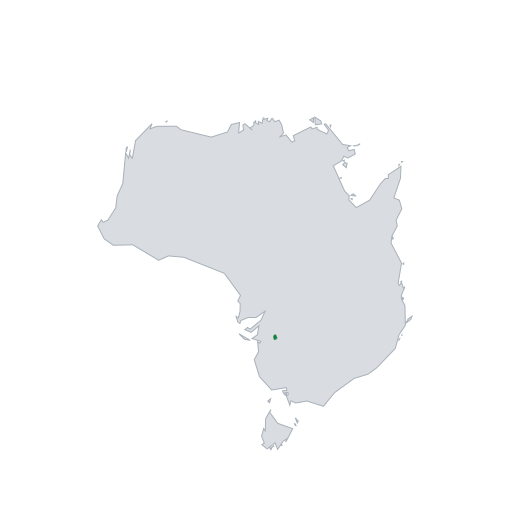 Berri Barmera, South Australia, Australia (highlighted), rotated 32°
{"feature_id": "25037944B16571921668942", "entity_name": "Berri Barmera", "entity_type": "district", "adm_level": 2, "iso_a3": "AUS", "parent_name": "Australia", "parent_adm1": "South Australia", "projection": "mercator", "projection_center": [140.504, -34.288], "detail": "fine", "context": "in_parent", "style": "filled", "palette": "green", "viewbox_px": 512, "rotation_deg": 32, "n_neighbors": 0, "source": "geoboundaries", "source_scale": "gbopen_adm2", "svg_char_len": 4845}
<svg xmlns="http://www.w3.org/2000/svg" viewBox="0 0 512 512"><g transform="rotate(32 256 256)"><path d="M337.3,113.5L342.1,133.7L348.0,132.7L354.7,138.8L355.8,151.3L359.8,155.6L360.8,167.4L363.7,173.5L383.2,184.9L391.0,203.9L393.2,204.9L393.6,201.5L397.9,205.0L398.5,203.2L400.3,213.0L402.9,215.9L408.5,219.0L419.4,235.7L419.0,247.0L423.1,260.7L417.6,286.9L413.7,296.7L404.0,307.9L395.0,330.4L392.8,347.8L376.0,352.0L367.6,359.6L362.3,360.3L363.8,364.7L355.6,358.3L356.8,356.8L356.2,355.2L354.7,355.1L352.0,357.9L350.0,356.2L353.3,353.6L351.4,351.6L340.3,361.3L322.9,356.5L309.4,344.8L309.0,335.9L302.7,327.8L305.4,328.1L305.3,325.8L296.3,328.1L299.0,322.2L295.5,313.7L292.2,323.4L285.6,324.4L286.7,321.1L289.8,321.1L294.2,307.8L293.0,298.0L288.5,308.3L281.9,312.3L277.4,318.6L278.1,321.8L275.4,321.4L271.1,317.8L273.8,317.8L271.9,311.6L267.8,304.7L264.4,303.8L263.8,297.7L238.4,287.5L195.5,295.3L181.7,302.3L175.7,311.2L145.6,311.8L129.3,322.5L118.2,321.9L105.8,314.5L105.7,307.2L108.7,308.4L111.4,304.0L111.5,289.4L106.4,278.6L104.6,265.1L90.8,237.6L96.2,240.6L93.0,232.3L95.3,237.2L99.3,238.6L92.7,221.8L97.7,198.9L98.7,204.3L103.4,198.4L119.8,188.1L125.5,188.7L155.0,178.9L166.1,166.0L165.4,157.5L171.3,151.5L176.1,160.9L178.7,155.7L175.5,152.0L176.5,149.7L186.1,151.2L183.0,150.4L185.0,146.7L183.3,143.5L188.5,143.0L186.6,140.6L190.9,140.3L189.4,136.8L193.1,133.0L193.4,135.3L196.3,135.0L196.6,130.6L200.8,132.1L203.6,128.6L208.1,131.0L214.2,137.2L213.2,142.1L217.3,137.4L226.0,140.5L227.8,137.8L223.9,134.1L234.1,117.5L236.2,118.6L239.6,114.5L240.8,116.2L251.3,115.0L251.0,111.0L244.0,108.1L245.1,107.0L270.4,115.5L277.7,112.4L275.9,115.7L279.0,117.5L282.8,113.6L286.1,116.9L282.1,124.2L277.7,124.9L278.0,130.2L273.8,138.6L296.8,154.0L303.1,155.5L305.0,159.2L315.4,161.8L322.8,148.4L323.3,129.1L324.5,121.9L327.1,120.1L325.1,116.9L331.4,103.1L337.3,113.5ZM350.0,381.1L363.1,386.4L378.7,383.0L379.8,398.0L378.7,395.3L377.2,398.5L376.8,408.5L371.2,404.4L367.7,413.7L360.9,412.9L362.2,410.3L356.3,405.9L353.9,398.2L356.6,399.5L350.4,388.9L350.0,381.1ZM232.2,107.1L239.4,107.1L241.7,109.2L236.8,113.3L232.2,107.1ZM282.8,331.0L295.8,330.6L290.2,332.8L282.8,331.0ZM284.2,129.1L285.7,133.3L281.1,132.6L281.8,129.6L284.2,129.1ZM418.7,233.7L418.4,228.6L420.2,224.4L420.9,227.4L418.7,233.7ZM375.1,372.4L379.4,373.7L379.5,375.7L375.1,372.4ZM231.5,108.3L234.0,112.4L229.4,112.1L231.5,108.3ZM345.2,373.3L342.8,372.8L344.1,369.3L345.2,373.3ZM308.7,152.2L306.5,153.5L304.3,154.2L305.4,151.8L308.7,152.2ZM90.8,236.5L89.0,234.0L88.9,231.7L89.2,231.6L90.8,236.5ZM378.6,377.7L380.3,379.1L377.0,377.9L378.6,377.7ZM401.9,213.6L403.6,213.6L403.6,215.8L401.9,213.6ZM361.3,167.2L363.3,168.5L363.0,169.2L361.3,167.2ZM371.1,409.9L371.3,412.4L369.6,411.6L371.1,409.9ZM421.6,248.9L421.8,251.8L421.6,251.7L421.6,248.9ZM250.6,106.9L249.4,105.8L250.2,105.3L250.6,106.9ZM284.4,107.2L282.7,109.2L284.8,105.6L284.4,107.2ZM421.9,245.5L421.1,246.4L421.6,245.4L421.9,245.5ZM287.1,144.9L286.1,145.3L286.6,144.3L287.1,144.9ZM280.6,129.0L279.3,129.2L280.1,127.9L280.6,129.0ZM109.3,188.2L108.9,190.0L108.4,189.8L109.3,188.2ZM329.3,102.1L329.2,103.5L328.7,102.5L329.3,102.1ZM354.7,356.0L355.1,357.1L354.6,356.7L354.7,356.0ZM282.2,109.8L279.8,111.2L282.3,109.4L282.2,109.8ZM189.6,134.8L188.7,135.8L189.2,134.7L189.6,134.8ZM372.0,408.1L371.2,408.6L371.6,407.6L372.0,408.1ZM307.7,157.2L306.3,157.2L307.0,156.3L307.7,157.2ZM184.7,142.3L184.0,142.9L184.0,141.6L184.7,142.3ZM378.4,402.8L377.2,403.5L377.6,402.2L378.4,402.8ZM330.1,98.3L329.9,99.3L329.3,98.8L330.1,98.3ZM354.1,357.5L355.2,358.5L353.4,358.2L354.1,357.5ZM385.6,184.8L384.7,184.9L385.0,183.7L385.6,184.8ZM392.8,201.3L392.3,201.3L392.7,200.4L392.8,201.3ZM350.5,379.3L350.2,380.2L349.9,379.0L350.5,379.3Z" fill="#d9dde1" stroke="#a8b0b8" stroke-width="1"/><path d="M313.9,313.6L314.0,313.5L314.0,313.8L314.2,314.0L314.2,314.3L314.3,314.3L314.5,314.4L314.4,314.4L314.4,314.5L314.5,314.5L314.4,314.6L314.2,314.7L314.2,314.8L314.3,314.9L314.3,315.0L314.4,315.3L314.5,315.3L314.8,315.3L315.0,315.3L314.9,315.2L315.0,315.0L315.0,314.9L315.2,315.0L315.3,315.0L315.4,315.3L315.5,315.3L315.6,315.5L315.4,315.5L315.5,315.8L315.5,316.0L315.3,315.9L315.2,315.9L315.2,316.0L315.3,316.1L315.3,316.3L315.4,316.5L315.5,316.5L315.7,316.4L315.8,316.5L315.9,316.4L316.0,316.3L316.1,316.2L315.9,316.1L315.8,315.9L316.0,315.9L316.1,315.7L315.9,315.6L316.0,315.6L315.9,315.5L315.8,315.4L315.7,315.4L315.8,315.4L315.9,315.5L315.9,315.4L316.0,315.4L315.9,315.4L316.0,315.3L316.1,315.2L316.1,314.9L316.3,314.9L316.4,314.7L316.4,314.4L316.5,314.4L316.5,314.5L316.7,314.4L316.5,314.2L315.9,314.0L315.6,314.0L315.6,314.3L315.6,314.5L315.4,314.5L315.3,314.4L315.5,314.3L315.4,314.1L315.3,313.9L315.2,313.9L315.1,313.3L314.6,313.3L314.3,313.2L314.1,313.3L313.9,313.4L313.9,313.5L313.9,313.6Z" fill="#22c55e" stroke="#15803d" stroke-width="1.5"/></g></svg>